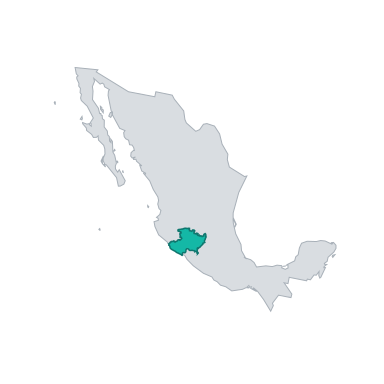 Michoacán on a map of Mexico (Robinson projection), rotated 11°
{"feature_id": "MEX-2720", "entity_name": "Michoacán", "entity_type": "State", "adm_level": 1, "iso_a3": "MEX", "parent_name": "Mexico", "parent_adm1": "", "projection": "robinson", "projection_center": [-101.77, 19.16], "detail": "fine", "context": "in_parent", "style": "filled", "palette": "teal", "viewbox_px": 384, "rotation_deg": 11, "n_neighbors": 0, "source": "natural_earth", "source_scale": "10m", "svg_char_len": 8427}
<svg xmlns="http://www.w3.org/2000/svg" viewBox="0 0 384 384"><g transform="rotate(11 192 192)"><path d="M53.5,92.1L76.3,90.0L75.1,92.4L110.5,105.7L137.3,105.6L137.4,100.5L154.1,100.7L156.9,104.2L168.4,114.0L171.2,122.2L173.3,125.3L184.1,131.7L187.6,129.3L190.3,123.3L193.6,122.0L201.5,123.0L208.0,129.7L212.4,139.3L220.0,148.0L220.5,153.5L223.9,160.4L240.6,166.8L242.8,165.8L238.0,183.5L236.4,204.6L237.2,209.1L241.6,215.2L240.7,218.5L240.9,215.2L237.3,210.0L238.5,214.7L242.9,224.7L250.1,234.2L251.8,240.1L256.8,246.1L255.4,246.0L258.3,247.4L257.4,246.6L262.6,247.3L266.4,249.4L269.7,253.3L278.6,250.4L285.1,249.9L289.4,247.6L293.9,247.2L294.8,248.0L294.5,249.3L298.3,250.1L300.8,248.2L300.0,245.1L298.8,245.8L299.1,245.2L305.9,240.0L306.2,235.8L308.2,233.3L308.1,226.5L309.3,221.4L314.4,218.4L323.5,216.9L327.5,215.1L332.0,214.7L339.3,216.5L339.9,215.4L338.0,215.3L340.5,214.5L343.5,216.8L344.1,219.8L342.7,223.9L338.0,230.1L337.9,234.3L335.5,236.8L336.0,237.7L338.1,237.4L335.9,240.0L335.9,241.1L337.4,240.7L334.7,251.2L333.9,252.1L332.4,249.8L331.9,245.8L329.9,249.9L327.6,250.2L325.0,255.6L321.8,255.5L321.5,257.3L303.7,257.2L303.7,263.6L299.7,263.5L309.5,273.2L309.3,276.8L296.6,276.8L292.2,285.8L293.5,288.0L292.0,294.0L282.7,283.8L275.3,277.0L270.8,274.4L270.3,275.1L274.5,277.4L268.0,275.4L268.4,273.7L266.7,274.4L265.6,272.9L264.4,274.5L266.6,275.3L263.3,275.6L260.1,277.9L249.9,281.5L243.3,278.6L237.7,278.0L233.9,275.3L230.2,274.2L227.8,271.6L218.7,269.6L207.4,264.2L200.0,259.1L196.9,255.6L189.3,254.5L182.0,251.5L177.4,245.9L167.5,240.5L162.2,233.0L160.4,228.4L164.4,226.2L163.8,224.3L162.0,223.7L164.7,220.2L165.0,216.0L162.8,214.6L160.7,210.4L160.8,206.6L159.4,203.3L153.5,196.9L148.4,189.2L140.5,182.6L142.7,183.8L142.9,182.4L138.7,181.0L135.6,175.7L137.8,175.9L131.6,172.3L130.8,170.6L128.4,171.2L128.0,170.4L129.8,168.4L126.8,170.0L125.0,168.5L124.7,165.0L126.9,162.0L127.7,162.6L126.2,159.4L124.3,157.4L121.7,157.5L119.9,153.3L116.8,152.4L114.9,150.6L113.6,146.8L114.5,144.5L108.9,143.3L99.2,131.5L98.7,128.7L97.2,127.8L91.2,113.2L90.7,108.8L91.5,107.3L86.1,105.4L84.9,103.0L83.1,102.2L81.2,103.6L73.9,99.2L75.2,102.0L74.1,107.5L75.6,111.9L76.7,120.3L84.1,127.6L86.4,132.6L87.5,132.3L88.1,133.8L89.2,134.0L90.1,137.2L92.2,138.2L93.4,144.9L97.2,148.3L98.4,152.1L100.2,153.3L101.4,157.8L103.0,158.9L102.1,155.5L104.2,157.5L106.7,167.8L109.1,170.7L112.3,178.1L111.8,181.2L112.5,184.0L115.3,186.7L116.3,184.0L124.3,193.7L123.6,197.3L120.4,199.9L118.6,200.3L115.2,192.3L102.6,181.6L101.5,181.8L98.9,178.4L98.4,176.1L99.3,171.2L98.2,166.4L96.4,163.0L90.3,158.9L89.1,154.8L87.9,156.5L84.8,157.3L82.5,154.6L76.8,151.7L76.0,149.3L71.7,145.9L71.3,144.7L75.8,145.4L78.4,144.4L78.4,145.5L80.6,146.6L79.8,143.9L78.8,143.7L81.0,138.2L72.8,127.8L65.9,123.3L64.7,121.0L64.8,117.1L63.2,115.9L62.7,111.5L60.6,109.6L60.3,107.0L57.4,103.0L56.9,101.1L58.0,99.7L55.9,98.1L53.5,92.1ZM98.8,131.7L98.0,134.3L95.8,133.4L96.7,129.5L98.1,129.0L98.8,131.7ZM89.7,131.2L86.5,128.3L85.7,125.3L87.4,126.3L87.7,127.9L89.3,128.4L89.7,131.2ZM342.7,229.3L341.9,228.5L342.2,227.2L344.3,226.2L342.7,229.3ZM99.0,181.7L96.8,179.0L98.2,173.4L97.8,178.4L99.0,181.7ZM70.1,142.2L68.4,141.8L69.6,138.8L70.4,141.0L70.1,142.2ZM41.1,132.4L39.7,130.5L40.0,129.6L40.6,129.7L41.1,132.4ZM101.0,181.8L102.3,184.0L99.5,181.9L101.0,181.8ZM152.4,214.7L152.1,215.6L151.4,215.2L151.1,213.7L152.4,214.7ZM113.2,176.2L113.7,177.8L112.2,175.7L113.2,176.2ZM107.8,165.0L108.6,165.7L107.3,167.2L107.8,165.0ZM109.1,246.9L108.5,247.1L107.7,246.4L108.4,245.5L109.1,246.9ZM297.0,247.2L295.5,247.6L298.2,246.7L297.0,247.2ZM120.8,185.8L120.0,185.6L119.9,184.0L120.8,185.8Z" fill="#d9dde1" stroke="#a8b0b8" stroke-width="1"/><path d="M194.4,256.1L194.2,256.1L193.9,255.9L193.3,255.6L192.0,255.2L191.5,255.0L191.1,255.0L190.3,254.6L189.3,254.5L188.8,254.4L187.5,253.8L186.6,253.3L186.1,253.1L185.2,253.0L185.1,252.9L184.2,252.6L183.5,252.4L183.3,252.3L183.0,252.1L182.8,252.2L182.6,252.1L182.2,251.8L181.5,251.4L181.2,251.0L180.7,249.7L180.4,249.2L180.2,249.0L179.9,248.8L179.6,248.6L179.4,248.6L179.4,248.4L179.6,248.1L179.5,247.8L179.1,247.4L179.3,247.3L179.4,247.1L179.5,247.0L179.6,246.7L179.7,246.4L179.9,246.4L180.0,246.4L180.2,246.2L180.3,246.0L180.3,245.7L180.3,245.3L180.4,245.2L180.6,245.3L180.9,245.1L181.2,244.9L181.2,244.7L181.3,244.7L181.5,244.5L181.5,244.4L181.8,244.3L181.9,244.2L182.2,244.2L182.8,244.3L183.0,244.2L183.2,243.9L183.3,243.6L183.5,243.4L183.8,243.6L184.0,243.8L184.3,243.8L184.6,244.1L184.7,244.4L184.9,244.5L185.1,244.3L185.1,244.0L185.2,243.9L185.7,243.6L186.2,243.4L186.5,243.3L186.7,243.1L186.8,242.9L187.0,242.2L187.3,241.8L187.5,241.7L187.9,241.5L188.3,241.4L188.5,241.2L188.8,241.1L189.0,241.1L189.4,241.3L189.5,241.4L189.5,241.5L189.7,241.4L189.8,241.2L190.1,240.8L190.3,240.5L190.3,240.4L190.3,240.2L190.8,239.6L190.7,239.4L190.4,239.2L190.3,238.6L190.2,238.5L189.7,238.6L189.2,238.7L188.8,238.6L188.8,238.1L188.9,237.4L188.9,237.2L188.7,237.0L188.7,236.7L188.4,236.4L188.3,236.2L188.2,235.8L188.2,235.5L188.1,235.1L188.2,234.8L188.4,234.7L188.7,234.7L189.0,234.5L189.1,234.4L189.1,234.2L188.7,234.0L188.7,233.9L188.7,233.4L188.6,233.2L188.4,233.2L188.1,233.2L187.8,233.2L187.5,233.2L187.3,233.1L187.2,232.9L186.8,232.9L186.3,233.1L186.1,233.1L185.9,232.9L185.6,232.8L185.6,232.5L185.5,231.8L185.6,231.6L185.9,231.4L186.2,231.3L188.5,230.6L188.8,230.4L189.0,230.3L189.5,230.3L189.8,230.2L190.0,230.1L190.3,229.7L191.0,229.6L191.1,229.3L191.3,229.2L192.0,228.9L192.7,228.8L193.0,228.7L193.3,228.7L193.6,228.8L193.8,228.9L194.0,228.8L194.3,228.8L195.0,228.4L196.1,228.2L196.0,228.6L195.9,228.9L196.0,229.0L196.2,228.9L196.3,228.6L196.6,228.6L196.7,228.9L196.8,229.9L196.9,230.1L197.0,230.3L197.0,230.5L197.4,230.5L197.5,230.5L197.6,230.4L197.8,230.4L198.0,230.5L198.2,230.4L198.6,230.4L198.9,230.4L199.1,230.5L199.3,230.6L199.4,230.4L199.6,230.1L199.7,229.9L199.8,229.7L199.8,229.3L199.8,229.2L200.2,229.1L200.3,229.1L200.6,229.0L200.8,229.0L201.2,229.0L201.3,229.0L201.4,229.3L201.7,229.3L201.9,229.4L202.1,229.5L202.1,229.9L201.7,230.1L201.6,230.3L201.8,230.4L201.8,230.5L201.8,230.8L201.7,230.9L201.8,231.1L201.8,231.5L201.7,231.9L201.8,232.1L202.0,232.3L202.3,232.2L202.5,232.2L202.6,232.3L202.8,232.3L203.1,232.2L203.3,232.3L203.6,232.4L203.8,232.4L204.0,232.4L204.1,232.1L204.1,231.8L204.2,231.6L204.5,231.5L204.8,231.8L205.2,231.6L205.4,231.6L205.6,231.7L205.8,231.7L205.9,231.8L205.9,232.1L206.0,232.3L206.0,232.5L205.8,232.6L205.6,232.7L205.4,232.8L205.5,233.1L205.7,233.3L206.4,233.6L206.5,233.6L207.1,233.5L207.2,233.4L207.4,233.2L207.5,233.0L207.8,233.3L207.9,233.7L208.0,233.7L208.4,233.8L208.5,233.6L208.5,233.4L209.5,233.4L209.9,233.3L210.1,233.3L210.3,233.4L210.3,233.5L210.4,233.8L210.5,233.8L210.7,233.4L210.8,233.3L211.0,233.2L211.3,233.2L211.7,233.1L211.9,233.0L211.9,232.7L211.8,232.3L211.7,232.0L211.7,231.9L211.8,231.6L211.8,231.4L212.1,231.4L212.3,231.2L212.5,230.6L212.8,230.3L213.3,230.6L213.6,231.1L213.9,231.8L213.9,233.0L214.0,233.2L214.1,233.3L214.4,233.4L214.3,234.0L213.9,235.5L214.0,235.9L214.0,236.0L213.7,236.9L213.5,237.6L213.8,238.6L213.9,238.8L214.0,238.9L214.2,239.1L214.0,239.3L213.8,239.4L213.6,239.5L212.4,240.3L212.7,240.8L212.7,241.0L212.0,242.0L211.2,243.2L210.9,243.6L210.7,243.8L210.5,244.1L210.5,244.4L210.5,244.5L210.1,244.8L209.8,245.1L209.7,245.1L209.6,245.3L209.3,245.6L209.2,245.9L209.1,246.1L208.9,246.3L208.9,246.0L208.8,245.8L208.7,245.6L208.4,245.6L207.9,246.2L207.9,246.4L208.1,246.6L208.2,246.8L208.3,246.9L208.3,247.2L208.2,247.3L208.1,247.5L208.1,247.8L208.3,248.3L208.3,248.5L208.3,249.1L208.4,249.3L208.5,249.5L209.2,250.1L209.7,250.5L209.8,250.7L209.7,250.9L209.4,251.4L209.4,251.2L209.2,251.2L208.9,251.5L208.7,251.3L208.6,251.1L208.6,250.9L208.8,250.7L208.8,250.2L208.6,250.1L208.5,250.3L208.4,250.3L208.2,250.2L207.8,249.7L207.6,249.6L206.6,249.6L206.6,249.8L206.3,250.0L206.3,249.7L206.2,249.6L205.9,249.5L205.9,249.3L205.6,249.1L205.4,249.1L204.9,249.3L203.3,249.2L203.1,249.3L202.6,249.4L201.6,249.7L201.1,249.8L200.8,249.8L200.6,249.7L200.2,249.5L200.1,249.4L199.8,248.9L199.7,248.8L199.6,248.7L199.4,248.6L198.4,248.6L198.0,248.6L197.7,248.7L197.3,249.3L197.1,250.0L197.2,250.8L197.3,251.6L197.3,251.9L197.2,252.1L196.9,252.6L196.8,252.8L196.7,252.9L196.4,252.8L196.2,253.0L195.7,253.0L195.3,253.1L194.9,253.1L194.6,253.3L194.5,253.5L194.4,253.7L194.4,254.0L194.3,254.3L194.3,255.0L194.6,255.5L194.4,256.1Z" fill="#14b8a6" stroke="#0f766e" stroke-width="1.5"/></g></svg>